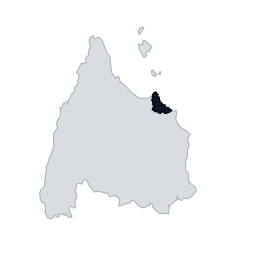 where Alicante sits in Spain, rotated 279°
{"feature_id": "ESP-5803", "entity_name": "Alicante", "entity_type": "Autonomous Community", "adm_level": 1, "iso_a3": "ESP", "parent_name": "Spain", "parent_adm1": "", "projection": "equal_earth", "projection_center": [-0.576, 38.363], "detail": "fine", "context": "in_parent", "style": "filled", "palette": "ink", "viewbox_px": 256, "rotation_deg": 279, "n_neighbors": 0, "source": "natural_earth", "source_scale": "10m", "svg_char_len": 5404}
<svg xmlns="http://www.w3.org/2000/svg" viewBox="0 0 256 256"><g transform="rotate(279 128 128)"><path d="M137.3,57.6L137.3,58.3L138.4,59.5L142.0,60.3L142.9,60.8L142.8,62.6L141.9,64.1L142.7,64.8L143.5,64.8L144.6,63.5L144.8,64.3L146.4,65.1L150.0,66.5L152.6,66.7L155.2,69.4L159.5,68.9L163.4,71.5L167.0,71.0L167.8,71.5L173.4,71.5L173.7,69.4L174.4,68.5L184.1,71.5L185.3,73.4L185.2,74.3L185.7,76.5L187.0,76.4L189.5,75.2L192.9,76.7L193.8,78.0L194.4,78.1L196.9,76.8L203.7,78.4L204.0,77.3L204.4,77.0L207.3,76.1L208.4,75.9L212.1,76.6L212.5,77.8L213.2,78.3L213.6,79.4L211.5,80.0L211.3,81.8L212.6,83.4L212.8,86.1L209.2,89.6L198.9,95.5L195.5,99.1L187.7,100.9L179.7,103.5L174.9,108.3L176.1,108.6L177.6,110.3L177.1,111.0L175.0,112.1L173.1,112.4L169.6,118.3L164.8,124.4L163.0,127.1L159.2,134.3L159.1,136.3L161.0,143.5L162.1,145.3L163.7,146.9L166.6,148.3L167.3,149.6L166.3,150.8L163.4,153.1L158.4,156.1L156.2,158.5L155.8,160.8L154.3,161.9L153.7,165.1L151.7,169.6L151.6,170.8L153.1,172.4L151.6,173.5L143.8,173.9L138.9,177.4L136.5,180.6L134.3,186.4L131.6,189.9L130.4,190.5L128.6,189.0L126.3,188.8L124.1,189.3L122.9,190.5L121.1,191.2L119.3,190.6L115.5,190.3L113.8,190.3L111.1,191.3L108.8,190.7L104.9,190.3L96.6,191.1L95.5,191.5L91.7,195.4L87.7,195.5L84.0,197.1L81.4,201.0L80.9,203.1L80.2,202.6L79.6,202.8L79.3,204.3L76.7,205.3L73.9,204.0L71.6,202.1L70.4,202.0L68.4,199.0L67.6,197.1L67.0,195.0L67.0,193.6L65.2,192.8L64.9,190.9L66.2,188.4L68.0,187.1L66.4,187.2L65.2,188.8L63.7,186.3L57.8,181.4L58.2,179.6L57.1,180.9L56.4,181.3L53.3,181.1L49.7,181.7L48.5,173.4L49.5,170.5L53.6,164.8L56.1,164.0L57.2,161.1L54.9,161.3L51.5,155.7L52.6,150.5L56.3,146.6L57.0,145.0L57.1,143.6L56.5,142.6L54.5,142.0L52.6,137.9L52.2,135.4L50.6,133.9L49.3,131.4L50.6,131.0L55.7,131.0L56.9,130.4L57.9,128.7L59.0,125.9L59.3,124.2L57.3,121.8L57.3,121.3L57.6,120.5L60.8,117.8L60.2,115.8L60.8,111.6L60.6,109.2L60.4,107.2L59.4,104.6L60.1,103.5L61.7,102.6L63.1,100.5L65.0,98.7L67.5,97.3L70.5,94.2L70.1,92.9L69.1,92.1L65.6,91.5L65.4,90.9L65.5,87.5L64.6,86.2L63.3,86.3L61.4,85.7L60.9,86.1L58.4,86.0L56.7,85.4L56.0,85.9L55.7,87.1L52.7,88.3L51.1,88.3L48.4,87.2L45.4,87.6L45.0,87.3L42.3,88.7L41.5,88.7L40.4,87.1L42.0,84.7L40.8,82.4L40.0,82.3L35.1,84.0L32.2,86.2L31.0,86.5L30.7,86.1L30.7,83.0L33.7,79.7L31.9,79.4L32.0,78.5L33.3,77.0L32.1,75.8L32.2,72.5L29.6,73.6L28.9,73.4L28.9,72.1L30.6,69.4L29.0,69.1L27.7,68.1L26.2,65.9L26.2,64.8L27.2,62.1L29.6,60.8L31.9,59.0L35.0,59.3L39.7,57.8L41.3,57.0L41.3,55.8L40.8,55.0L41.3,54.2L45.1,52.0L47.4,51.8L49.7,50.7L51.2,51.4L52.6,51.1L54.1,52.0L56.1,54.0L59.0,54.7L61.4,54.1L73.6,53.9L77.1,53.0L79.8,54.2L84.9,54.8L88.0,55.7L96.7,57.4L99.8,57.4L106.1,55.8L107.8,56.2L110.4,55.4L111.6,55.6L113.1,56.7L118.6,58.3L120.1,57.0L121.2,56.7L125.2,57.5L129.2,59.1L131.3,59.2L134.3,58.8L137.3,57.6ZM212.0,128.9L213.5,129.5L215.0,128.9L215.9,129.1L216.7,129.4L216.9,130.7L213.7,136.9L211.1,138.7L208.4,137.3L206.9,137.0L206.4,136.5L206.0,134.5L205.3,133.8L204.3,133.5L202.3,135.1L201.7,134.1L200.7,133.9L200.3,133.2L200.3,132.4L206.5,127.6L208.3,126.5L212.2,125.2L212.8,125.4L212.3,126.2L212.8,126.9L212.0,128.9ZM229.8,126.3L229.2,128.0L224.5,125.7L223.0,125.5L222.6,125.1L222.7,123.4L225.8,123.2L228.4,124.0L229.8,126.3ZM186.3,146.4L185.8,147.6L183.4,147.2L182.9,146.7L183.4,145.3L184.1,145.1L184.1,144.1L184.8,143.1L188.1,142.3L188.9,143.0L189.0,143.9L187.1,146.1L186.3,146.4ZM188.6,151.3L188.3,151.6L185.8,151.4L185.7,150.5L186.2,149.4L187.1,150.5L188.6,150.7L188.6,151.3Z" fill="#d9dde1" stroke="#a8b0b8" stroke-width="1"/><path d="M163.7,147.1L164.0,147.3L164.5,147.5L165.2,147.5L165.9,147.7L166.6,148.1L167.0,148.7L166.8,148.8L167.0,148.9L167.1,149.0L167.5,149.4L167.8,149.6L167.8,149.9L167.7,150.1L167.4,150.1L167.1,150.2L166.9,150.3L166.7,150.5L166.5,150.9L166.5,151.0L166.4,151.0L166.1,151.1L165.8,151.3L165.6,151.4L165.5,151.6L165.3,151.9L165.4,152.2L165.1,152.1L164.9,152.1L164.7,152.2L164.4,152.3L164.0,152.3L163.8,152.4L163.5,152.6L163.4,152.9L163.4,153.2L163.4,153.5L163.0,154.0L162.8,154.1L162.2,154.1L161.5,154.3L161.1,154.4L160.6,154.8L159.2,155.4L158.9,155.6L158.8,155.8L158.7,155.9L158.1,156.6L158.0,156.9L157.9,157.3L157.9,157.5L157.4,157.6L157.1,157.6L157.0,157.8L156.9,158.1L156.4,158.1L156.2,158.9L156.5,160.7L156.3,161.0L156.0,161.0L155.5,161.0L155.1,161.1L154.9,161.3L154.6,161.6L154.5,162.0L154.4,162.3L154.3,162.6L154.3,163.4L154.2,164.8L154.2,165.2L154.0,165.3L153.6,165.5L153.3,165.8L153.2,166.1L152.6,167.7L152.5,168.1L152.2,168.1L151.9,167.9L151.7,167.8L151.4,167.7L150.7,166.9L150.1,166.3L150.0,166.1L149.8,165.7L149.6,165.4L149.4,164.9L149.1,164.4L148.8,163.9L148.7,163.8L148.6,163.7L148.4,163.3L148.4,163.0L148.3,162.6L148.4,162.2L148.5,162.0L148.9,161.3L149.1,161.0L149.1,160.8L149.2,160.2L149.3,160.0L149.3,159.7L149.1,158.6L148.9,158.4L148.7,158.2L148.1,158.0L147.8,157.9L147.7,157.9L147.6,157.7L147.6,157.3L147.6,156.5L147.6,156.2L147.8,155.8L148.4,155.3L148.5,155.1L148.6,154.8L148.6,154.4L148.6,154.1L148.8,153.5L148.8,153.0L148.5,151.7L148.8,151.6L149.2,151.6L149.5,151.6L149.8,151.5L150.3,151.1L150.2,150.8L150.1,150.7L149.9,150.4L149.8,150.1L149.7,149.9L149.6,149.5L149.6,149.4L149.7,149.2L149.8,149.2L150.2,149.3L150.3,149.3L150.8,149.3L151.1,149.4L151.5,149.8L152.7,149.7L153.0,149.7L154.2,150.4L154.5,150.7L154.8,150.9L156.4,149.9L156.2,149.6L155.8,149.5L155.5,149.6L155.1,148.9L157.8,148.4L159.4,147.1L160.7,147.7L163.7,147.1Z" fill="#0f172a" stroke="#020617" stroke-width="1.5"/></g></svg>